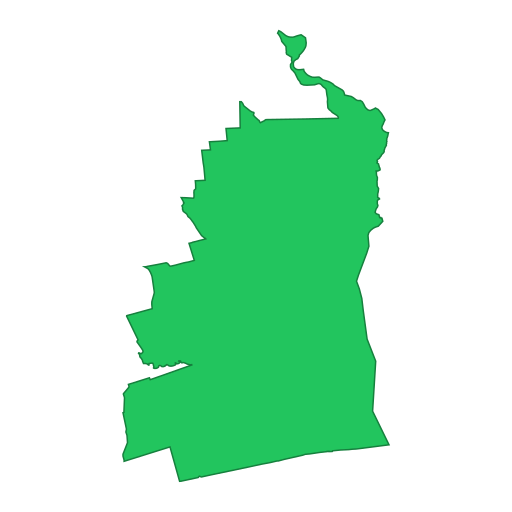 outline of Pufesti, Vrancea, Romania
{"feature_id": "2599482B68532694461953", "entity_name": "Pufesti", "entity_type": "district", "adm_level": 2, "iso_a3": "ROU", "parent_name": "Romania", "parent_adm1": "Vrancea", "projection": "robinson", "projection_center": [27.194, 46.015], "detail": "fine", "context": "isolated", "style": "filled", "palette": "green", "viewbox_px": 512, "rotation_deg": 0, "n_neighbors": 0, "source": "geoboundaries", "source_scale": "gbopen_adm2", "svg_char_len": 6023}
<svg xmlns="http://www.w3.org/2000/svg" viewBox="0 0 512 512"><path d="M388.4,132.7L387.3,132.6L386.4,132.4L385.0,131.7L383.5,130.7L382.8,130.0L382.4,129.4L381.9,128.2L381.8,127.8L381.9,126.8L382.5,125.2L383.2,124.0L384.0,121.8L385.0,119.9L383.5,116.8L381.5,113.5L378.2,109.5L375.4,108.0L374.4,108.7L370.6,110.4L369.4,110.4L368.0,109.9L367.2,109.3L365.3,107.4L363.7,104.1L362.3,101.8L360.4,100.5L358.7,100.6L357.3,100.4L356.2,99.9L353.3,97.7L351.3,96.5L344.6,95.0L344.3,93.4L343.5,91.3L342.1,89.9L334.5,85.6L333.1,84.1L331.4,83.0L329.8,82.1L327.9,81.3L322.9,79.9L320.4,77.9L319.1,77.1L317.7,77.1L314.7,77.3L312.3,77.2L309.9,76.3L307.5,75.0L306.3,73.9L305.2,72.7L304.0,71.1L303.9,70.2L303.6,69.3L300.1,69.7L298.0,69.7L296.4,69.3L295.0,68.4L293.5,66.6L293.5,65.5L293.3,64.1L293.4,63.1L293.9,61.4L294.2,61.0L295.8,59.6L297.7,58.7L299.4,55.9L299.3,55.0L300.7,53.8L301.9,52.5L303.4,50.7L305.3,47.5L305.9,45.8L306.2,42.9L305.5,37.8L301.2,34.8L300.5,34.9L296.9,35.9L294.1,36.9L292.6,37.2L290.1,37.1L288.5,36.8L287.0,36.2L285.8,35.6L280.8,31.7L278.8,30.7L277.6,33.2L278.1,33.7L279.7,36.0L280.5,37.6L281.4,39.8L281.6,40.9L281.9,41.6L286.0,46.5L286.2,50.1L286.4,51.6L286.2,52.5L286.6,54.1L287.1,54.5L288.4,55.2L289.6,56.0L291.7,57.3L291.5,60.4L291.8,61.1L292.0,62.0L291.9,62.5L291.1,63.6L290.5,64.6L290.5,66.9L291.0,68.4L291.6,69.4L293.0,70.7L293.8,71.7L294.4,72.3L295.0,73.1L298.0,79.3L299.2,80.8L299.8,81.5L300.5,83.3L300.8,83.6L301.4,84.1L303.7,85.0L307.0,85.2L314.6,84.8L318.0,83.7L318.9,83.6L319.9,83.8L320.9,84.3L321.7,85.1L322.3,85.9L323.4,87.0L324.8,88.0L326.1,89.3L326.3,90.4L326.9,95.0L327.0,95.4L327.5,97.9L327.6,99.7L327.4,101.7L327.9,107.9L329.2,109.6L331.3,111.3L332.2,112.4L336.9,115.4L338.1,116.6L338.3,117.7L338.2,118.3L305.2,119.0L266.0,119.6L265.0,120.1L264.6,120.6L260.3,122.7L259.7,121.9L259.1,120.5L258.3,120.0L254.9,116.9L253.4,115.2L253.8,113.5L254.0,113.1L253.9,112.7L253.7,112.4L252.4,112.1L250.4,111.1L244.1,106.1L243.5,105.2L242.7,103.4L241.3,101.7L239.8,101.7L240.2,127.9L226.0,128.5L227.2,140.6L220.0,141.2L209.4,141.8L210.5,149.9L201.7,150.3L203.2,162.9L203.9,167.1L205.1,180.3L195.3,180.8L195.6,184.3L195.7,188.2L195.6,188.7L195.5,189.1L194.1,190.3L193.9,192.6L194.0,194.2L194.0,196.6L193.8,197.9L193.6,198.1L193.4,198.2L185.1,197.7L181.2,197.6L183.4,201.6L183.6,202.2L183.5,202.7L184.0,203.0L182.8,205.1L182.0,205.7L182.0,206.0L182.6,207.5L182.6,207.9L182.5,208.9L182.5,209.3L183.1,210.2L182.9,210.5L183.3,211.4L186.1,213.5L187.0,214.4L188.0,216.6L189.9,218.1L191.2,219.7L192.4,221.4L193.2,222.4L194.8,225.0L195.5,226.1L196.3,227.8L201.6,235.6L203.8,237.4L205.3,238.4L205.7,238.7L205.8,238.9L192.4,242.3L191.7,242.7L189.0,243.3L194.3,260.4L188.4,262.0L186.0,262.4L183.6,262.9L175.5,265.1L170.6,266.2L170.1,266.1L169.8,265.9L169.2,265.3L167.8,263.6L167.4,263.3L166.5,262.9L166.1,262.8L157.0,264.6L147.7,266.3L146.1,266.7L144.5,266.8L147.8,268.6L148.6,269.4L149.2,270.2L150.3,272.1L151.4,274.6L152.1,276.7L154.1,290.6L154.3,292.4L154.1,293.6L151.9,301.5L151.8,302.7L151.8,304.5L152.2,308.7L127.2,315.5L126.7,315.7L126.6,316.1L138.1,339.9L137.1,341.0L137.0,341.5L137.0,341.9L141.1,347.7L142.7,350.2L143.0,351.1L143.0,351.6L142.9,352.0L141.9,353.1L141.6,353.6L140.9,353.7L139.5,353.0L139.0,352.9L138.7,352.9L138.5,353.3L138.6,353.6L139.2,353.9L139.5,354.2L139.8,356.3L140.1,357.1L140.4,357.6L141.0,358.0L142.3,360.0L142.6,361.3L143.5,363.5L145.4,363.5L146.8,363.8L147.6,364.2L148.0,364.7L148.7,365.1L149.0,365.0L149.0,364.5L148.9,363.8L149.0,363.5L151.9,363.1L152.8,363.3L153.4,364.7L153.5,365.7L153.8,366.5L153.9,367.2L153.5,367.9L153.8,368.2L154.4,368.4L155.0,368.4L156.0,368.4L157.2,368.0L157.9,367.6L158.5,367.1L158.7,366.2L158.9,365.8L159.8,365.4L160.8,365.7L161.3,366.2L161.6,366.5L163.0,366.7L164.9,366.2L164.9,365.8L166.2,365.2L166.4,365.0L166.6,364.6L167.1,364.6L168.9,365.8L170.0,366.1L171.5,366.1L172.8,365.9L175.0,365.1L175.4,364.8L175.8,364.3L175.4,363.4L175.4,362.9L175.9,363.1L176.9,363.7L177.2,363.8L178.0,363.7L179.4,363.0L180.0,362.3L180.1,361.9L180.0,361.6L179.8,361.4L179.0,361.3L178.7,361.1L178.9,360.8L180.1,360.9L180.5,361.1L180.8,361.6L181.0,362.1L181.3,362.5L181.7,362.8L182.0,362.9L182.7,362.6L183.8,362.6L185.9,363.4L187.2,364.1L190.1,364.7L191.0,364.8L191.7,364.6L191.8,365.0L150.2,379.7L149.4,377.8L128.4,384.4L129.0,386.4L128.8,387.3L123.6,393.5L123.4,393.8L123.4,394.2L124.3,396.9L124.5,397.9L123.9,412.4L123.0,412.7L126.4,428.9L126.4,429.3L126.0,431.5L125.9,432.0L127.0,435.4L127.5,442.7L123.0,454.2L123.0,456.1L124.1,460.1L124.1,461.3L170.0,446.9L179.6,481.3L181.0,481.2L198.2,477.5L198.5,477.2L198.9,476.5L199.4,476.2L199.7,476.2L200.6,476.7L201.1,476.9L201.8,476.9L202.6,476.7L210.8,474.9L249.0,466.9L261.4,464.2L270.1,462.6L276.9,461.0L278.2,461.0L284.1,459.4L302.7,455.2L305.3,454.3L309.8,453.9L319.9,452.4L327.1,451.6L327.1,451.4L328.9,451.3L328.9,451.6L332.1,451.5L332.4,451.4L332.6,450.8L333.7,450.7L340.6,450.0L348.8,449.6L352.4,449.2L356.3,449.0L389.0,444.8L372.6,411.2L375.7,361.2L367.1,339.1L363.2,310.2L361.8,298.4L359.3,288.8L356.5,281.2L358.5,275.0L366.7,253.2L368.9,246.2L368.0,235.5L368.8,232.6L370.7,230.3L373.3,228.2L375.5,227.1L378.3,226.2L382.8,221.3L382.1,218.7L381.9,218.8L381.7,218.1L381.1,218.2L380.8,217.5L379.7,217.6L378.9,214.7L376.3,213.8L375.1,212.4L375.8,209.8L376.3,208.6L377.5,206.9L377.9,205.4L377.3,203.7L377.3,200.9L378.1,199.7L379.5,199.0L379.4,198.4L377.7,197.5L377.7,193.9L378.2,191.9L378.6,188.6L377.2,186.1L377.0,180.9L377.3,180.1L377.4,177.5L376.6,175.6L376.4,173.7L376.4,172.2L376.2,171.6L376.2,171.0L376.7,171.2L378.6,170.7L379.2,170.3L379.8,170.1L380.1,169.8L379.9,168.1L379.6,167.7L379.1,166.7L379.2,166.4L378.7,164.9L378.5,163.9L377.0,163.0L377.1,162.4L377.5,161.7L377.0,160.7L377.2,160.1L378.1,159.1L379.4,158.3L380.4,156.6L381.3,155.7L381.5,154.8L383.6,152.7L384.0,152.0L384.2,151.3L384.1,150.3L384.6,149.1L384.9,147.9L386.0,146.0L386.4,145.2L386.2,144.6L386.6,143.5L386.5,142.4L386.9,141.6L386.6,140.7L386.7,140.1L386.8,139.4L386.7,138.9L387.7,136.1L388.4,132.7Z" fill="#22c55e" stroke="#15803d" stroke-width="1.5"/></svg>